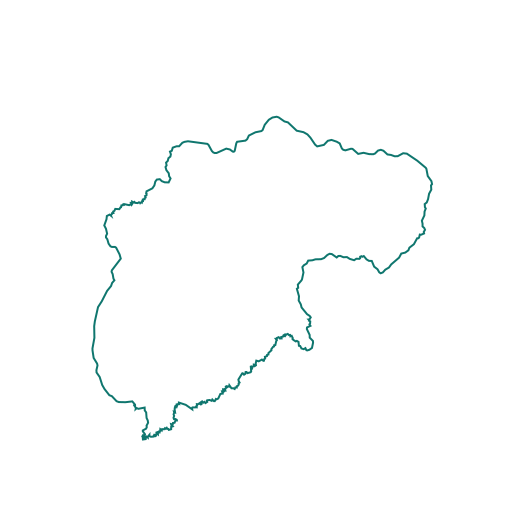 the district of Wang Pong, Phetchabun, Thailand, rotated 339°
{"feature_id": "78962969B14448677761720", "entity_name": "Wang Pong", "entity_type": "district", "adm_level": 2, "iso_a3": "THA", "parent_name": "Thailand", "parent_adm1": "Phetchabun", "projection": "natural_earth1", "projection_center": [100.775, 16.349], "detail": "fine", "context": "isolated", "style": "outline", "palette": "teal", "viewbox_px": 512, "rotation_deg": 339, "n_neighbors": 0, "source": "geoboundaries", "source_scale": "gbopen_adm2", "svg_char_len": 6075}
<svg xmlns="http://www.w3.org/2000/svg" viewBox="0 0 512 512"><g transform="rotate(339 256 256)"><path d="M389.0,308.8L392.5,305.8L396.6,306.3L400.3,305.3L402.2,303.2L407.6,301.6L412.8,297.2L413.9,297.6L414.9,297.2L416.6,294.7L417.6,295.3L421.0,295.2L421.2,293.7L423.2,292.1L423.1,290.1L422.1,288.1L423.1,285.4L423.5,282.5L427.7,278.5L429.3,274.9L431.5,272.5L431.2,271.0L432.1,268.0L434.6,267.2L437.0,264.6L439.9,259.9L443.4,256.9L444.7,252.8L446.1,252.0L446.6,249.0L445.0,242.9L446.3,235.7L446.1,234.5L440.7,224.8L433.5,214.5L430.2,212.8L424.1,213.6L421.2,212.6L418.2,210.0L415.1,208.3L412.7,203.4L410.6,201.6L407.7,201.3L403.8,203.0L401.9,203.0L398.1,201.4L393.4,198.2L388.0,197.3L384.5,190.6L383.1,189.9L377.3,189.4L375.5,188.1L374.7,186.4L374.5,180.9L372.3,178.2L368.1,174.7L364.3,174.2L359.2,176.6L352.4,175.6L351.1,173.2L349.2,165.0L347.6,160.9L344.7,157.4L338.9,153.6L333.7,142.7L330.8,140.6L326.8,134.7L325.2,133.4L321.0,132.6L316.8,133.4L311.2,136.6L307.3,140.8L305.8,141.3L299.8,140.3L292.5,141.0L289.6,143.8L287.5,144.5L279.3,142.6L278.0,143.7L273.8,150.2L272.6,150.7L271.7,150.2L269.8,147.2L266.7,145.1L256.1,145.7L254.4,145.1L253.2,144.0L252.4,142.1L251.5,135.3L250.8,133.9L233.6,124.5L230.1,123.8L227.8,123.9L223.6,126.0L221.1,125.1L217.1,125.0L215.1,127.6L213.1,127.7L213.0,130.5L211.7,132.5L209.3,133.3L207.7,135.6L205.5,136.6L205.0,139.4L203.4,140.5L203.1,143.8L204.2,147.5L203.5,150.4L204.0,153.0L200.8,156.0L197.2,154.5L194.9,152.4L193.7,149.8L190.8,149.1L188.7,150.4L186.4,153.7L183.5,155.7L177.0,156.4L175.9,158.1L176.2,158.6L175.5,160.1L173.9,160.3L173.9,161.9L172.5,162.3L172.3,163.1L170.7,162.7L170.2,164.1L169.6,163.7L168.6,165.2L168.3,164.7L167.1,165.0L167.2,164.5L166.8,165.0L166.0,163.9L164.5,164.2L162.3,163.1L161.9,162.0L161.2,162.3L159.9,160.9L159.7,161.9L158.6,161.6L159.1,163.0L158.0,163.8L157.6,162.7L155.8,163.1L151.5,160.3L151.1,160.9L150.3,160.3L149.7,160.9L148.5,160.5L147.5,162.1L146.9,162.0L145.2,163.3L141.5,161.6L140.0,163.1L138.6,163.3L138.3,164.8L137.0,164.4L136.4,165.3L135.1,165.7L135.1,166.5L134.2,164.9L131.1,165.2L129.6,168.1L125.3,173.1L125.7,176.8L125.0,181.8L123.1,183.6L122.6,184.9L123.2,187.1L122.8,191.6L123.6,194.8L124.7,195.9L127.6,197.0L128.4,198.1L129.2,205.6L128.8,210.0L116.3,217.7L115.5,219.0L115.7,221.5L114.8,226.1L115.1,227.9L112.0,229.6L109.9,232.1L104.5,235.2L95.8,243.0L90.2,247.1L82.1,259.3L79.8,263.5L75.8,274.5L70.2,283.7L69.5,285.7L67.9,293.0L69.1,299.5L68.8,301.4L66.1,305.4L65.4,307.6L66.7,312.9L66.2,321.3L66.9,325.9L69.2,333.4L71.2,335.2L73.8,341.6L75.6,343.2L81.7,345.7L88.4,347.4L89.8,351.4L89.6,352.0L89.1,351.3L88.7,351.6L89.4,354.8L88.8,355.8L90.2,355.3L91.4,356.5L97.7,357.6L96.8,360.3L97.4,362.7L95.8,368.0L96.0,370.7L95.5,373.0L93.0,375.2L92.7,376.6L91.5,377.8L87.8,378.3L87.5,379.1L88.5,382.7L87.5,384.0L86.4,382.8L85.2,383.7L85.4,386.0L84.8,386.2L84.7,386.8L87.4,387.4L87.7,386.9L86.7,385.9L86.9,385.3L87.5,385.8L89.1,385.3L89.9,386.7L90.1,386.0L92.4,384.7L91.9,385.9L93.1,387.1L95.3,387.8L96.9,386.5L97.2,386.9L96.5,387.9L97.7,388.2L98.3,387.8L98.4,386.8L99.6,386.5L99.8,385.1L100.4,385.1L100.2,386.9L100.5,387.4L101.3,385.3L102.0,385.1L102.2,386.1L102.7,386.2L102.7,385.3L103.7,385.1L104.6,383.4L105.5,385.1L106.3,384.0L108.1,384.8L109.3,384.1L109.8,385.0L111.1,384.4L111.3,385.6L112.1,386.0L112.3,387.1L114.7,387.3L115.6,385.1L117.1,385.2L116.4,383.8L116.5,382.5L117.8,383.5L118.7,382.1L120.2,382.5L121.8,380.8L123.2,381.2L123.3,380.5L122.3,379.3L121.0,378.9L121.0,377.5L122.3,375.9L122.3,374.3L123.5,372.9L123.6,372.1L124.4,373.0L125.1,369.9L126.0,368.3L126.5,368.5L126.9,367.2L128.2,367.0L128.3,367.9L129.0,367.1L128.5,366.5L128.7,366.1L130.3,366.5L130.9,365.9L131.3,366.4L131.6,365.3L137.1,369.8L141.5,376.3L141.8,374.9L142.4,374.6L146.3,376.0L146.3,374.9L147.3,374.7L147.7,373.1L148.7,373.6L150.0,373.3L151.2,374.8L152.0,374.8L152.2,374.3L151.4,373.7L151.5,372.9L153.6,372.4L154.2,374.0L155.6,373.7L156.1,375.2L158.1,374.8L158.1,373.6L158.6,373.2L161.1,373.8L162.7,375.3L163.8,374.3L164.7,376.4L165.5,376.7L167.3,375.1L167.8,375.7L169.7,375.5L173.3,372.0L175.6,372.5L175.8,370.4L176.9,371.2L177.7,370.9L177.2,369.6L177.5,368.6L178.8,369.2L178.8,370.3L179.2,370.6L179.6,368.8L181.5,368.3L181.1,367.1L181.7,366.9L184.0,368.3L184.8,367.1L185.7,370.7L187.4,371.3L188.4,372.5L189.6,371.3L190.9,371.9L191.4,370.7L192.8,370.6L193.8,369.8L194.1,368.7L195.3,368.3L195.0,366.6L195.3,365.0L201.1,360.6L201.6,360.7L202.3,362.5L203.7,362.2L204.7,360.6L205.6,360.9L206.0,362.3L209.3,362.6L210.1,362.1L211.5,357.4L212.0,357.4L212.4,359.1L213.2,358.1L214.4,357.9L215.0,356.6L215.5,357.0L215.5,358.3L216.8,358.0L217.2,356.2L218.8,353.8L220.8,355.3L224.4,354.8L225.3,356.5L225.9,356.6L226.6,355.3L227.8,355.0L228.2,353.3L230.3,353.4L230.9,352.3L232.3,352.4L232.9,351.0L236.6,349.6L236.9,348.5L239.4,346.9L240.4,346.9L241.0,345.8L242.1,346.1L244.3,342.8L244.9,342.3L245.4,342.9L244.8,340.4L245.8,340.7L246.1,340.0L248.1,339.9L248.7,341.6L250.3,342.1L250.5,340.7L252.5,340.9L253.2,339.9L254.4,339.7L253.9,341.0L254.3,341.3L255.9,340.2L257.7,340.1L258.4,341.6L259.5,341.9L259.3,343.3L260.7,343.3L260.9,345.8L260.3,346.5L260.8,347.7L262.5,350.0L263.7,349.9L264.9,351.4L263.9,355.2L265.0,355.9L265.3,358.6L267.2,360.1L269.1,359.7L269.3,362.0L270.0,362.5L272.2,362.7L275.3,361.9L278.2,357.4L278.7,355.7L276.9,351.5L277.8,348.9L277.3,342.4L278.0,341.0L281.8,340.7L281.4,338.9L282.3,338.4L283.2,336.5L282.3,335.4L282.8,334.9L282.4,334.1L283.3,334.3L285.1,332.9L284.6,331.1L282.8,328.6L280.1,320.4L280.5,317.2L279.9,312.9L281.7,309.0L282.4,301.3L284.0,300.8L284.8,297.7L289.8,295.0L290.7,294.1L294.4,288.4L295.3,283.0L297.3,281.8L300.6,281.2L303.1,279.0L307.1,280.2L310.3,280.4L315.6,282.3L318.8,282.3L323.0,280.6L325.5,280.3L327.5,281.4L330.8,286.3L332.9,285.5L334.7,286.1L337.2,288.5L340.5,289.6L342.5,292.3L346.1,295.1L348.7,294.5L351.5,295.7L352.4,295.4L353.0,294.0L354.4,294.0L354.9,294.8L356.6,294.7L358.0,298.8L359.7,301.0L362.3,302.1L362.5,308.3L364.7,311.9L365.2,315.4L366.2,316.8L368.5,316.8L371.8,315.1L376.0,314.4L379.2,312.3L389.0,308.8Z" fill="none" stroke="#0f766e" stroke-width="2"/></g></svg>